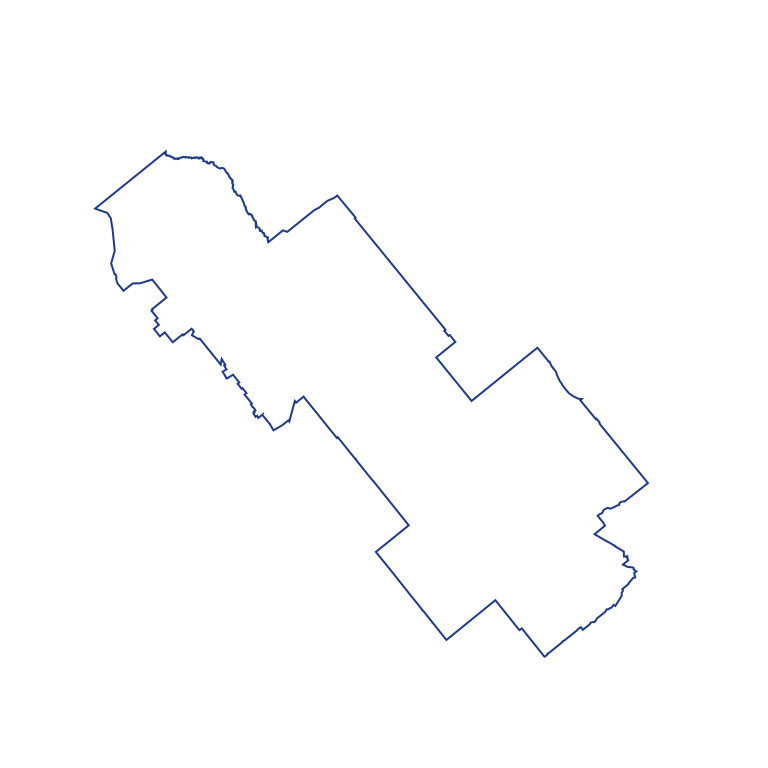 Yarriambiack, Victoria, Australia (Albers equal-area conic projection), rotated 141°
{"feature_id": "25037944B93002214322562", "entity_name": "Yarriambiack", "entity_type": "district", "adm_level": 2, "iso_a3": "AUS", "parent_name": "Australia", "parent_adm1": "Victoria", "projection": "albers", "projection_center": [142.438, -36.026], "detail": "fine", "context": "isolated", "style": "outline", "palette": "blue", "viewbox_px": 768, "rotation_deg": 141, "n_neighbors": 0, "source": "geoboundaries", "source_scale": "gbopen_adm2", "svg_char_len": 5959}
<svg xmlns="http://www.w3.org/2000/svg" viewBox="0 0 768 768"><g transform="rotate(141 384 384)"><path d="M430.9,71.1L428.3,70.8L427.0,71.3L427.0,71.2L424.2,71.2L408.0,71.2L406.7,71.6L405.2,71.2L389.3,71.1L387.1,71.5L384.1,71.1L384.1,67.8L375.4,67.8L373.8,68.5L371.9,67.8L370.2,66.5L369.3,66.6L366.0,67.8L355.7,67.7L352.7,68.7L351.4,67.7L350.0,67.7L348.1,67.1L345.7,67.5L344.6,67.9L343.9,65.9L332.6,69.8L331.0,71.9L328.2,73.1L327.9,74.6L320.3,74.7L318.7,75.3L312.6,76.5L310.6,75.6L308.5,79.7L305.8,79.6L306.7,82.7L305.8,83.7L306.0,84.8L309.7,88.4L311.4,92.3L312.1,93.2L311.5,93.4L305.0,93.3L304.6,96.0L304.2,95.8L303.7,96.6L303.3,97.0L304.1,97.4L306.1,98.9L303.1,102.8L304.7,107.4L306.6,112.4L306.3,112.5L309.6,121.2L309.9,121.4L314.9,134.8L301.4,134.8L301.2,137.1L300.9,137.6L300.9,147.1L299.0,147.2L295.5,146.4L294.4,147.2L292.2,147.9L288.4,147.1L287.8,146.6L286.8,144.8L286.0,144.5L282.8,143.5L279.3,142.9L277.5,142.0L276.0,143.3L274.3,143.3L270.8,141.6L270.8,141.3L241.2,140.9L241.5,217.1L240.6,218.9L240.7,223.3L241.5,223.3L241.7,247.8L239.8,247.9L242.2,250.2L244.3,254.5L245.4,257.8L246.1,260.5L246.2,267.1L246.1,270.7L245.5,274.2L245.6,275.3L244.0,281.9L242.6,285.5L242.5,292.9L241.3,297.0L241.9,297.1L241.9,315.6L247.2,315.7L326.6,315.7L326.7,371.8L302.1,371.8L302.1,380.7L302.2,380.8L303.6,380.8L303.6,387.4L302.1,387.4L302.1,389.9L301.9,390.2L302.0,390.7L302.1,391.1L302.2,411.1L302.6,531.0L301.4,531.2L301.4,535.2L301.7,559.9L304.6,559.9L305.4,560.0L312.9,562.0L323.4,561.9L328.7,563.0L363.4,563.1L365.9,567.0L384.8,567.0L384.8,567.3L384.4,567.7L383.7,568.2L383.7,568.5L383.9,568.8L383.7,569.1L383.5,569.3L383.3,569.8L381.9,570.8L382.3,571.4L382.7,571.7L382.7,572.3L383.0,573.0L383.8,574.3L383.7,574.6L382.8,575.2L382.8,576.1L382.4,576.7L382.5,577.3L382.6,577.5L383.0,577.6L383.2,578.2L382.9,579.6L382.6,580.3L383.2,580.5L383.4,580.9L383.8,580.8L384.0,581.0L383.2,581.7L383.1,581.9L383.3,582.9L382.9,583.7L383.1,583.9L383.1,584.4L383.7,585.7L383.8,586.3L384.3,586.7L384.7,586.6L384.1,587.7L383.6,587.8L383.1,588.2L382.7,588.3L382.7,588.5L383.0,588.8L383.1,589.1L382.8,589.5L381.9,589.7L381.7,590.2L381.7,590.9L381.2,591.5L381.3,591.7L381.6,591.9L381.9,592.9L381.9,593.4L381.3,594.7L381.5,595.6L381.0,596.4L381.1,597.2L380.3,598.2L380.8,599.1L380.8,600.1L381.2,600.7L381.8,600.9L382.3,600.8L382.5,601.0L382.5,601.3L382.1,601.9L382.1,602.4L382.3,603.0L381.9,604.3L381.9,605.4L381.8,606.0L381.1,606.4L380.8,607.9L380.4,608.1L380.4,608.7L379.9,609.1L380.2,610.4L380.0,611.0L379.4,612.0L378.8,613.4L378.8,614.4L378.6,614.7L378.6,615.2L377.9,616.7L377.9,617.5L377.5,618.4L377.6,618.9L377.3,619.4L377.3,620.1L376.9,620.8L377.1,621.1L378.0,621.3L378.1,621.7L378.8,622.2L379.0,622.7L379.1,623.4L378.9,624.5L378.9,625.4L378.8,626.0L378.3,626.6L378.5,626.9L379.2,627.4L379.4,627.8L378.8,628.3L378.8,629.3L378.5,629.9L378.4,631.6L378.2,631.8L377.9,632.3L377.0,632.5L376.5,633.2L375.7,633.7L375.6,634.0L375.8,634.8L375.8,635.3L375.3,635.8L374.7,635.9L374.5,636.1L374.6,636.7L374.5,636.9L373.7,637.2L373.4,637.9L373.4,638.2L373.9,638.7L373.9,639.3L373.7,639.9L373.9,640.3L374.0,640.6L373.7,641.3L373.8,643.1L373.1,644.2L373.3,644.9L372.8,646.1L372.9,646.4L373.2,646.7L373.2,647.4L373.4,648.2L373.0,649.8L372.8,650.3L373.0,651.1L372.7,652.0L373.5,653.5L373.8,653.9L374.9,654.3L375.4,654.4L375.9,654.7L376.5,656.0L377.1,656.9L377.2,657.9L377.4,658.2L377.2,658.8L377.3,659.4L377.6,659.9L378.2,660.6L378.2,661.7L377.9,662.3L377.0,663.5L377.8,664.3L378.0,664.7L378.7,665.4L379.2,665.3L379.6,665.7L380.3,665.3L380.7,665.1L381.1,665.3L381.3,665.7L381.9,666.1L381.8,666.6L382.3,667.2L381.7,668.0L381.7,668.3L382.5,668.8L383.4,670.1L383.5,670.7L384.0,671.0L383.5,671.4L383.4,672.2L382.8,672.4L382.9,673.2L383.6,673.7L383.7,674.0L383.2,675.1L384.0,675.5L384.6,675.3L385.0,675.9L385.3,675.7L386.0,675.7L386.2,676.0L385.8,676.5L386.6,677.4L386.8,677.7L386.8,678.1L387.6,678.6L388.4,678.4L388.8,678.7L388.9,679.2L389.6,679.5L389.8,679.9L390.4,679.9L390.5,680.1L391.5,680.4L391.5,681.6L391.9,681.9L392.1,681.8L392.7,682.3L393.0,682.4L393.2,682.7L393.1,683.1L393.8,683.3L394.3,683.8L394.5,684.6L394.7,684.9L395.0,684.9L395.7,685.0L395.6,685.4L395.8,685.6L396.5,686.1L397.1,686.9L397.6,687.1L398.5,687.1L399.6,688.0L400.8,688.2L400.9,688.4L401.3,688.4L401.8,688.1L402.3,688.4L401.9,688.7L402.4,689.2L403.0,689.6L403.3,689.6L403.4,689.8L404.0,690.1L404.2,690.3L404.9,690.5L404.9,690.8L405.3,691.3L405.1,691.7L405.3,691.9L405.2,692.6L405.7,692.9L405.8,693.5L406.2,693.9L406.4,694.9L407.0,695.4L407.0,695.8L407.2,696.1L407.2,696.4L407.6,696.7L407.7,697.1L408.0,697.3L408.3,697.9L408.7,698.4L408.9,698.4L409.2,698.2L409.3,698.3L409.3,698.9L409.1,699.1L409.1,699.3L408.9,699.6L409.2,700.0L409.3,700.7L409.0,700.9L408.9,701.1L408.5,701.0L408.3,701.2L407.9,701.2L407.3,702.0L498.1,702.1L491.3,691.0L492.1,684.6L497.8,674.7L509.5,656.9L520.2,649.4L524.3,638.9L524.1,638.8L523.6,638.1L524.8,635.1L525.9,634.7L527.8,629.9L527.8,620.4L516.2,620.3L515.6,620.0L510.0,615.7L498.4,611.0L498.6,588.1L517.0,588.1L517.1,587.3L518.6,587.3L518.6,577.5L521.8,577.5L521.8,571.6L528.1,571.6L528.2,562.1L521.9,562.1L521.9,549.4L509.2,549.3L509.2,548.1L498.7,548.0L498.7,544.6L502.6,542.8L499.8,535.4L498.6,535.3L498.7,501.9L494.4,505.6L495.3,498.7L496.6,498.9L497.2,494.5L501.7,495.1L502.8,487.2L495.5,486.2L495.5,476.3L497.6,476.3L497.6,469.8L496.6,469.8L496.6,463.5L499.0,463.5L499.0,452.0L500.2,452.1L500.7,448.9L500.2,446.8L500.6,444.3L502.4,444.6L502.6,443.4L503.9,443.6L504.5,439.3L502.6,439.1L503.0,436.7L497.6,436.7L498.0,436.4L497.9,424.8L499.0,417.5L489.1,416.0L481.3,415.9L481.3,414.4L464.0,426.9L464.0,424.8L454.5,424.8L454.6,371.7L453.4,371.8L453.5,344.5L453.1,343.7L452.3,343.3L453.5,343.3L453.6,322.2L453.5,315.5L453.4,315.5L453.7,258.6L496.0,258.6L496.0,234.3L496.3,204.2L496.3,190.0L496.4,185.7L496.3,184.8L496.5,184.6L496.3,182.8L496.4,168.5L496.6,168.1L496.4,167.7L496.6,145.8L433.5,145.9L433.7,107.5L430.7,107.3L430.9,71.1Z" fill="none" stroke="#1e3a8a" stroke-width="2"/></g></svg>